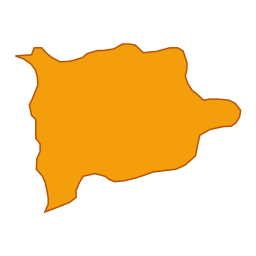 Kalograia, Cyprus
{"feature_id": "46923920B49066435072009", "entity_name": "Kalograia", "entity_type": "district", "adm_level": 2, "iso_a3": "CYP", "parent_name": "Cyprus", "parent_adm1": "", "projection": "mercator", "projection_center": [33.631, 35.338], "detail": "fine", "context": "isolated", "style": "filled", "palette": "amber", "viewbox_px": 256, "rotation_deg": 0, "n_neighbors": 0, "source": "geoboundaries", "source_scale": "gbopen_adm2", "svg_char_len": 1073}
<svg xmlns="http://www.w3.org/2000/svg" viewBox="0 0 256 256"><path d="M44.9,212.0L56.2,207.7L63.2,205.0L69.7,202.3L76.1,197.4L76.1,190.4L79.3,182.8L83.1,176.3L94.9,173.6L105.1,176.3L109.5,179.6L114.8,181.7L124.5,180.7L135.8,178.0L143.9,175.3L153.0,172.0L165.9,170.4L175.6,169.3L185.3,165.0L190.8,160.0L191.3,159.6L195.5,155.8L197.6,145.0L199.8,135.3L210.0,129.4L223.4,126.6L231.5,126.1L235.8,122.9L239.6,116.9L240.6,110.4L235.3,103.4L228.8,100.2L218.1,99.1L209.5,99.1L203.5,100.2L197.1,94.2L192.3,90.5L187.9,84.0L185.3,75.9L186.9,69.4L186.9,62.4L183.1,51.0L177.7,47.8L169.7,47.8L155.7,51.6L149.2,52.1L143.3,52.7L135.3,45.1L129.3,44.0L122.4,44.0L113.8,48.9L103.5,50.5L97.6,50.5L86.9,53.7L82.6,57.5L75.6,59.7L69.7,61.3L60.0,61.8L51.9,57.5L46.5,53.2L41.7,47.8L34.2,47.8L31.5,54.8L15.4,55.9L24.0,59.1L31.0,64.0L35.3,69.9L37.4,77.0L37.9,85.1L32.0,99.6L29.3,105.0L31.5,115.3L35.8,119.6L35.8,127.2L35.8,138.5L40.1,143.9L40.1,151.5L36.9,158.5L36.3,169.3L42.2,175.8L44.9,181.7L46.5,188.2L48.2,197.9L48.2,204.4L44.9,212.0Z" fill="#f59e0b" stroke="#b45309" stroke-width="1.5"/></svg>